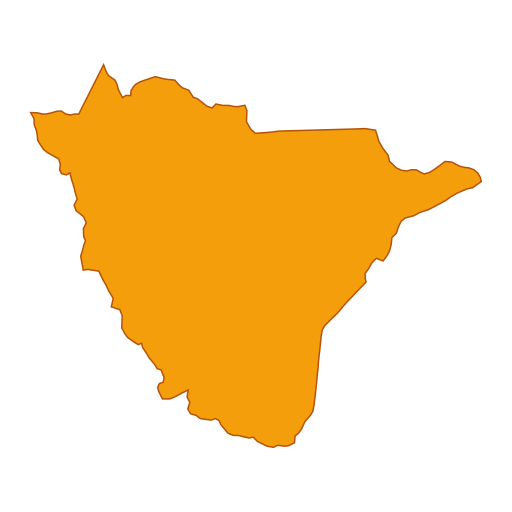 Rio Branco, Mato Grosso, Brazil (Natural Earth projection)
{"feature_id": "56859067B25898404053015", "entity_name": "Rio Branco", "entity_type": "district", "adm_level": 2, "iso_a3": "BRA", "parent_name": "Brazil", "parent_adm1": "Mato Grosso", "projection": "natural_earth1", "projection_center": [-58.151, -15.281], "detail": "fine", "context": "isolated", "style": "filled", "palette": "amber", "viewbox_px": 512, "rotation_deg": 0, "n_neighbors": 0, "source": "geoboundaries", "source_scale": "gbopen_adm2", "svg_char_len": 2705}
<svg xmlns="http://www.w3.org/2000/svg" viewBox="0 0 512 512"><path d="M149.1,357.8L154.5,364.2L157.2,368.7L161.1,369.9L164.1,377.6L163.2,382.2L159.4,383.5L157.6,387.4L158.8,391.6L162.4,398.9L169.8,398.9L174.8,396.9L182.0,393.0L188.2,390.0L187.1,396.9L189.8,402.4L187.8,409.0L190.5,413.7L195.9,415.3L200.4,418.6L205.8,419.4L211.0,420.1L215.4,418.6L219.0,420.5L220.9,424.7L225.4,430.1L228.1,433.3L233.1,435.3L238.9,435.6L243.0,436.6L249.0,438.0L253.2,437.2L257.5,441.5L267.1,446.2L273.5,447.3L277.6,445.3L284.8,446.2L288.5,445.7L294.5,442.8L295.1,435.9L298.4,433.3L301.5,429.1L304.8,421.8L310.6,415.1L312.9,411.2L314.1,404.7L314.6,400.3L315.2,395.7L316.4,384.4L317.3,374.6L318.2,366.5L318.5,361.6L319.1,355.3L319.7,350.7L320.6,341.9L321.0,337.4L322.2,330.3L324.6,325.8L330.9,319.4L334.5,316.0L338.7,311.7L343.3,306.2L346.4,302.6L357.9,290.5L366.0,282.1L365.2,277.6L365.2,273.3L368.5,268.9L371.8,263.0L376.3,258.3L383.0,261.0L386.1,257.0L389.5,251.2L391.2,244.4L391.9,237.6L396.4,233.1L398.2,227.4L401.0,221.5L405.1,218.1L409.3,216.9L413.6,215.8L420.4,212.2L428.4,209.7L437.5,204.9L443.1,201.9L446.6,199.9L450.3,197.1L454.0,194.9L457.8,192.8L466.7,189.0L472.9,187.6L478.2,183.7L481.3,181.5L480.3,177.4L477.7,172.9L473.9,169.7L468.5,167.8L464.5,167.4L459.9,166.3L451.6,162.0L444.9,161.5L439.6,165.6L433.8,169.8L429.2,172.6L424.1,173.9L420.1,172.0L416.4,169.9L411.5,169.7L406.9,171.0L401.5,170.3L396.4,167.9L389.5,161.3L388.1,155.3L385.6,151.9L382.6,147.9L378.8,141.1L377.4,136.2L375.5,130.2L365.3,128.6L353.9,129.0L347.2,129.2L322.0,129.9L278.8,131.1L270.7,132.2L255.2,133.3L250.8,129.2L246.5,121.8L246.9,110.6L244.9,105.3L237.6,106.7L233.9,106.5L228.6,105.4L222.7,105.4L215.9,104.0L212.0,108.0L206.6,106.0L197.3,98.6L193.4,97.4L188.8,90.3L182.6,87.9L179.0,84.9L174.8,80.1L169.4,79.6L164.6,79.0L161.1,78.1L155.2,76.7L140.9,81.5L136.1,84.0L133.3,86.9L131.0,90.9L130.7,95.6L126.0,95.4L122.5,97.6L118.4,89.7L117.1,84.7L115.1,80.2L108.5,75.6L106.0,71.3L103.6,64.7L78.7,114.2L74.5,114.0L70.6,115.0L65.7,114.0L61.4,111.1L57.0,111.2L51.6,112.8L46.3,114.0L42.6,114.0L37.2,112.8L30.7,112.6L34.1,118.8L34.1,124.2L36.3,130.4L37.2,134.7L37.7,140.4L40.3,144.6L43.6,149.5L47.2,152.4L52.2,155.3L58.8,159.0L60.3,164.4L59.6,169.7L61.5,173.6L66.3,174.9L70.1,173.0L71.0,177.5L74.1,187.6L75.3,192.9L77.2,199.0L74.1,205.1L76.0,210.6L83.6,216.7L86.3,222.9L83.4,228.5L83.7,236.7L85.5,240.6L83.7,245.4L82.8,249.4L80.7,256.2L81.8,262.2L83.2,270.1L87.7,269.4L98.9,271.2L102.6,279.2L106.0,285.0L108.8,291.1L113.2,298.3L111.3,306.9L119.8,309.7L122.2,315.6L121.9,322.8L121.8,328.1L124.8,333.5L127.6,337.4L133.8,341.9L138.2,344.6L141.6,343.3L142.7,347.6L146.5,353.3L149.1,357.8Z" fill="#f59e0b" stroke="#b45309" stroke-width="1.5"/></svg>